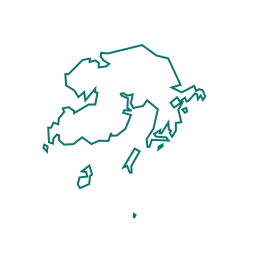 Ongjin, Hwanghae-namdo, North Korea, rotated 331°
{"feature_id": "82179303B18261928237919", "entity_name": "Ongjin", "entity_type": "district", "adm_level": 2, "iso_a3": "PRK", "parent_name": "North Korea", "parent_adm1": "Hwanghae-namdo", "projection": "orthographic", "projection_center": [125.207, 37.865], "detail": "medium", "context": "isolated", "style": "outline", "palette": "teal", "viewbox_px": 256, "rotation_deg": 331, "n_neighbors": 0, "source": "geoboundaries", "source_scale": "gbopen_adm2", "svg_char_len": 1884}
<svg xmlns="http://www.w3.org/2000/svg" viewBox="0 0 256 256"><g transform="rotate(331 128 128)"><path d="M196.9,86.6L188.1,78.5L180.5,62.3L146.4,53.0L141.1,49.2L138.8,52.0L139.3,57.0L142.7,62.8L138.7,63.5L131.7,60.8L134.0,57.1L132.3,53.1L126.5,51.7L128.3,48.9L121.3,46.5L101.8,52.1L99.4,50.4L94.5,60.7L99.3,69.2L99.6,76.9L107.1,75.3L104.0,83.3L118.6,77.6L116.6,80.8L118.4,82.4L110.8,91.6L104.9,88.4L88.1,88.9L89.1,87.1L86.3,81.1L80.5,79.2L79.9,83.0L72.1,86.1L68.8,91.0L65.5,87.2L60.8,90.5L58.4,89.0L52.0,102.1L54.9,105.3L57.5,101.1L62.7,99.2L64.1,101.0L61.8,105.2L64.0,111.5L72.3,115.6L83.4,113.9L88.2,124.3L96.5,125.1L104.6,129.8L110.9,124.1L109.9,126.8L114.6,129.2L125.5,127.4L136.9,118.1L131.1,112.3L133.2,110.6L139.5,114.5L137.1,110.3L142.3,102.1L138.1,96.5L138.4,94.6L140.9,95.4L143.3,99.5L148.4,100.9L142.5,107.8L142.4,113.1L151.9,116.0L158.1,113.0L163.2,126.1L150.0,140.9L138.9,146.8L135.9,154.0L137.7,154.9L143.1,149.9L157.4,158.7L156.9,154.8L148.3,149.1L147.8,145.9L155.1,145.4L153.2,147.8L154.6,148.9L166.1,142.6L163.0,148.8L164.2,151.3L162.1,152.5L162.3,157.0L168.5,153.6L172.3,146.8L177.4,148.8L180.9,136.4L189.1,131.4L178.2,132.4L177.5,126.5L185.8,125.0L186.2,129.8L192.5,129.1L192.0,133.1L194.0,133.6L203.2,130.3L204.8,132.2L203.0,136.7L207.4,134.8L207.1,139.8L210.8,137.9L211.6,131.3L209.1,128.5L205.6,128.8L206.3,123.2L192.3,122.9L185.8,113.7L194.9,115.7L196.9,86.6ZM76.1,142.1L66.6,143.6L70.1,146.3L68.8,150.7L61.6,147.7L56.7,153.0L56.9,157.3L66.9,158.2L71.5,151.5L74.0,151.3L76.1,142.1ZM126.8,154.1L123.9,149.3L104.9,160.3L108.9,160.8L107.9,167.9L109.5,168.8L112.5,162.9L126.8,154.1ZM187.6,142.3L188.7,138.7L184.5,138.2L185.1,142.2L187.6,142.3ZM45.7,109.4L48.8,105.0L46.8,102.0L44.4,104.3L45.7,109.4ZM150.2,159.2L145.8,159.2L144.2,161.5L149.4,160.6L150.2,159.2ZM89.4,209.5L92.3,207.9L91.5,206.2L89.4,209.5Z" fill="none" stroke="#0f766e" stroke-width="2"/></g></svg>